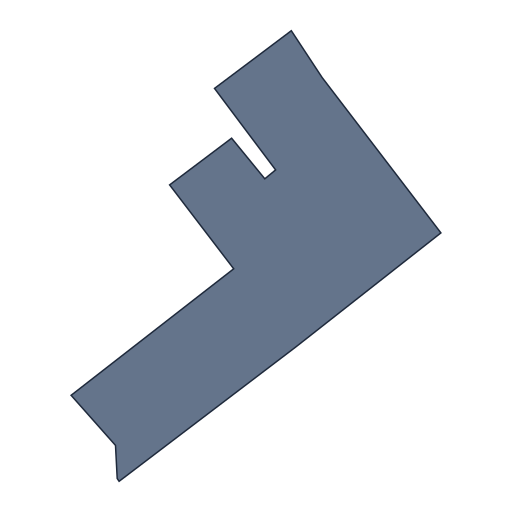 outline of Ciuperceni, Teleorman, Romania
{"feature_id": "2599482B70697570158857", "entity_name": "Ciuperceni", "entity_type": "district", "adm_level": 2, "iso_a3": "ROU", "parent_name": "Romania", "parent_adm1": "Teleorman", "projection": "orthographic", "projection_center": [24.931, 43.803], "detail": "fine", "context": "isolated", "style": "filled", "palette": "slate", "viewbox_px": 512, "rotation_deg": 0, "n_neighbors": 0, "source": "geoboundaries", "source_scale": "gbopen_adm2", "svg_char_len": 331}
<svg xmlns="http://www.w3.org/2000/svg" viewBox="0 0 512 512"><path d="M296.0,346.8L440.9,232.9L322.1,77.5L291.3,30.7L273.9,43.8L214.5,88.4L240.1,122.6L275.6,169.9L264.8,178.8L231.6,138.2L169.6,184.9L233.7,268.8L71.1,395.3L115.5,445.4L117.2,478.5L119.1,481.3L296.0,346.8Z" fill="#64748b" stroke="#1e293b" stroke-width="1.5"/></svg>